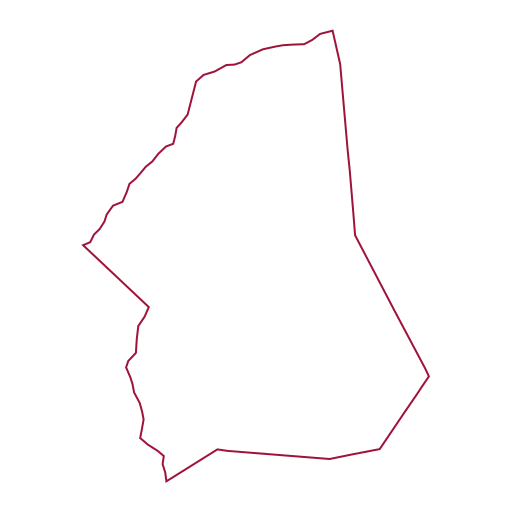 the district of Sairé, Pernambuco, Brazil
{"feature_id": "56859067B69181665833953", "entity_name": "Sairé", "entity_type": "district", "adm_level": 2, "iso_a3": "BRA", "parent_name": "Brazil", "parent_adm1": "Pernambuco", "projection": "orthographic", "projection_center": [-35.7, -8.295], "detail": "fine", "context": "isolated", "style": "outline", "palette": "rose", "viewbox_px": 512, "rotation_deg": 0, "n_neighbors": 0, "source": "geoboundaries", "source_scale": "gbopen_adm2", "svg_char_len": 1018}
<svg xmlns="http://www.w3.org/2000/svg" viewBox="0 0 512 512"><path d="M379.7,449.1L404.4,412.5L417.3,393.7L421.6,387.1L428.9,376.4L425.3,368.7L397.9,317.1L394.5,310.7L355.1,235.3L353.2,211.5L349.8,171.1L347.6,149.5L342.5,91.1L340.2,64.3L332.6,30.7L320.1,33.9L312.1,40.0L304.1,44.2L292.7,44.6L283.2,45.2L275.2,46.6L262.9,49.3L250.0,55.0L241.3,62.3L234.5,64.6L226.4,65.0L214.7,71.5L203.6,74.9L196.1,81.5L187.6,114.6L181.5,122.5L176.6,127.9L175.2,136.0L173.2,143.8L166.0,146.5L158.4,153.7L152.3,161.5L145.8,166.7L140.9,172.6L135.6,178.7L129.5,183.8L126.8,191.9L122.5,201.8L113.0,205.7L106.7,214.5L104.5,221.4L99.7,229.0L94.1,234.4L90.2,242.2L83.1,245.2L148.8,307.1L144.6,316.7L138.3,326.0L136.8,338.7L135.9,352.9L128.3,360.9L126.1,367.4L130.3,377.2L132.5,384.1L134.1,392.5L139.7,402.9L142.1,411.6L143.6,419.4L142.0,428.6L140.2,438.1L148.0,444.7L157.7,450.9L163.8,456.0L162.6,464.1L165.2,472.4L166.4,481.3L217.4,449.4L227.6,450.9L329.6,459.0L351.7,454.5L379.7,449.1Z" fill="none" stroke="#9f1239" stroke-width="2"/></svg>